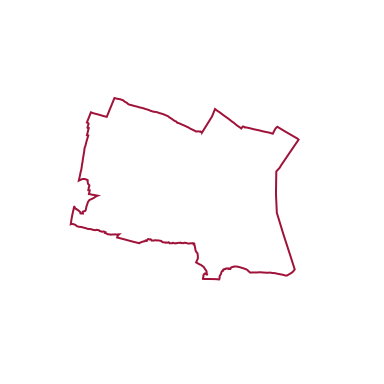 Dersca, Botosani, Romania (Robinson projection), rotated 144°
{"feature_id": "2599482B84441476848712", "entity_name": "Dersca", "entity_type": "district", "adm_level": 2, "iso_a3": "ROU", "parent_name": "Romania", "parent_adm1": "Botosani", "projection": "robinson", "projection_center": [26.235, 47.983], "detail": "fine", "context": "isolated", "style": "outline", "palette": "rose", "viewbox_px": 384, "rotation_deg": 144, "n_neighbors": 0, "source": "geoboundaries", "source_scale": "gbopen_adm2", "svg_char_len": 6011}
<svg xmlns="http://www.w3.org/2000/svg" viewBox="0 0 384 384"><g transform="rotate(144 192 192)"><path d="M309.0,237.2L308.2,237.0L307.0,235.9L305.7,234.0L305.2,232.0L304.2,230.6L302.0,228.6L300.3,226.5L298.7,224.5L298.1,223.5L296.2,221.9L295.2,220.9L294.5,219.7L293.7,219.0L292.9,218.2L292.2,217.7L291.3,217.4L291.1,217.0L290.6,216.7L290.2,216.3L289.6,215.3L289.7,214.6L289.1,214.1L288.8,213.7L287.9,212.5L287.0,212.2L286.4,211.6L286.2,211.3L286.0,210.8L285.7,210.4L286.5,210.0L285.5,208.6L285.3,207.9L284.9,207.2L283.4,206.0L282.8,205.2L281.5,204.5L280.6,203.9L280.5,203.7L278.9,202.8L278.2,202.0L276.5,201.0L275.9,200.6L277.0,200.5L277.6,200.3L278.1,200.1L279.3,199.2L275.5,194.6L268.7,186.2L264.7,181.5L263.9,181.6L263.4,181.4L261.9,181.1L261.1,180.7L260.3,180.6L259.7,180.3L259.4,180.0L258.9,180.1L258.4,180.1L258.0,180.1L257.9,179.9L257.7,179.7L257.7,179.4L257.7,179.2L257.4,179.0L257.0,179.2L256.1,179.7L255.7,179.8L255.2,179.7L254.7,179.2L254.4,178.6L253.4,178.2L253.1,177.6L253.1,177.2L253.2,176.6L253.1,176.3L252.3,175.9L251.6,175.2L250.3,174.8L249.6,174.2L249.3,173.7L248.4,173.2L247.1,172.0L246.7,171.6L246.1,170.9L245.7,170.6L245.6,170.4L245.7,169.8L245.4,169.3L245.0,168.3L244.4,167.9L244.0,167.4L243.4,167.0L243.2,166.5L242.9,166.4L242.6,166.1L242.1,166.0L241.7,165.5L241.2,165.2L240.4,165.0L240.3,164.1L240.3,163.7L239.8,163.5L238.3,162.2L238.1,162.2L237.6,162.2L237.1,162.0L237.0,161.8L236.9,161.5L236.1,160.6L236.0,160.4L235.5,160.3L235.2,159.9L234.8,159.7L234.2,159.6L233.9,159.3L233.1,159.0L232.6,158.6L232.3,158.5L232.2,158.4L231.7,157.8L230.9,157.7L230.4,156.7L230.2,156.6L229.9,156.4L229.3,155.9L229.0,155.6L228.6,155.5L228.1,155.5L227.4,155.0L227.2,154.6L226.7,154.2L225.7,152.9L224.9,152.1L223.2,151.3L222.5,150.7L221.8,150.3L221.4,150.1L221.5,149.8L221.2,149.6L220.6,149.2L220.5,148.8L220.6,148.6L220.9,148.5L221.2,148.5L221.5,148.3L221.4,148.0L221.2,147.7L221.3,147.1L221.6,146.6L222.1,145.4L223.4,142.8L223.7,141.7L223.7,140.1L223.6,139.1L224.8,137.0L225.8,135.5L226.2,134.9L226.5,134.6L227.1,134.4L228.0,133.8L230.1,132.6L229.4,131.2L228.5,129.1L228.2,128.6L227.9,128.3L227.5,127.4L227.4,127.0L226.6,124.5L226.6,123.9L226.8,121.5L226.7,120.6L226.8,119.6L227.2,118.7L227.5,118.2L228.4,117.1L228.4,116.9L228.2,116.5L228.4,116.4L228.9,116.9L228.9,118.1L229.1,118.3L229.3,118.5L230.0,118.5L230.9,118.3L231.3,118.2L231.8,117.9L232.1,117.2L233.8,115.8L234.2,115.3L233.7,114.8L228.8,111.2L224.6,108.0L222.5,106.3L221.6,105.3L221.4,105.3L221.2,105.4L220.0,106.4L219.7,106.9L219.4,107.4L219.1,107.6L218.3,108.0L217.1,108.5L216.7,108.7L215.9,109.4L214.5,110.3L213.8,110.2L213.4,110.0L213.0,110.1L212.4,110.5L212.3,110.9L212.2,110.9L211.9,110.7L210.8,110.5L210.7,110.4L210.7,110.2L210.3,110.0L209.6,110.1L209.4,110.1L209.3,109.9L208.3,109.4L207.3,108.6L207.4,108.4L206.9,108.3L206.8,108.1L207.2,107.9L206.4,107.4L206.2,107.2L205.5,107.7L204.8,107.9L204.3,107.8L203.3,107.6L202.6,107.1L201.7,107.0L199.4,105.2L196.9,102.3L196.2,101.2L195.2,100.0L193.4,97.3L193.0,96.1L192.8,94.7L192.4,93.0L192.1,92.4L191.7,92.2L190.4,91.4L186.9,88.8L184.4,87.3L183.2,86.3L182.2,85.4L179.0,82.8L178.1,82.1L175.9,80.7L174.9,79.5L174.1,78.8L173.5,78.4L172.9,77.9L172.2,77.1L170.8,75.5L167.4,71.9L165.7,69.8L165.1,69.1L164.7,68.8L164.0,68.6L160.2,68.2L157.9,68.1L155.9,68.5L154.4,69.0L150.3,81.4L142.9,104.1L135.6,125.3L125.2,141.1L111.7,159.1L107.1,160.0L104.5,161.1L87.1,167.4L75.0,171.7L75.2,172.8L75.3,173.2L80.1,184.0L80.2,184.3L80.3,184.5L80.6,185.1L81.2,186.5L84.0,193.1L84.6,194.6L86.5,194.4L88.0,193.9L92.4,191.7L94.5,194.5L97.7,198.0L99.6,200.1L100.8,201.7L105.0,206.3L108.3,210.3L110.8,213.0L110.9,212.9L111.2,213.0L111.8,214.6L112.0,214.8L112.4,215.1L114.1,214.7L114.5,214.5L114.8,214.4L115.2,215.9L116.4,219.0L117.5,223.5L118.0,224.7L119.5,230.0L120.3,232.3L121.0,234.4L122.9,240.6L123.8,242.8L124.6,245.6L130.8,241.7L131.7,241.2L149.0,234.2L148.9,234.4L148.9,234.6L149.5,235.2L149.5,235.8L149.6,236.0L149.9,236.2L150.6,236.6L151.0,237.1L151.6,237.6L152.9,238.4L153.3,238.7L153.3,239.1L154.2,240.6L154.4,241.3L154.9,241.9L155.4,243.0L155.8,243.6L156.4,244.8L156.8,246.1L157.9,247.9L158.4,249.0L159.6,251.0L160.0,251.6L161.7,254.6L162.4,255.8L162.9,256.2L163.2,256.7L163.3,257.1L163.2,257.7L163.3,258.0L163.6,258.8L164.2,259.5L164.8,261.3L165.5,263.5L166.1,264.8L166.4,265.7L166.8,267.0L167.0,267.8L167.8,268.9L168.9,270.8L169.4,271.7L170.9,273.7L172.1,275.1L172.4,275.7L173.3,277.0L174.7,278.5L175.7,279.3L176.3,280.1L176.7,280.5L177.1,281.2L177.9,282.2L178.6,283.5L179.3,284.4L179.6,285.0L180.8,286.4L181.8,287.9L182.8,289.1L183.4,289.9L184.9,291.5L185.7,292.7L187.4,294.7L187.7,295.0L188.2,295.6L188.5,296.1L189.6,297.3L189.8,297.8L190.4,298.5L191.1,299.1L191.5,299.8L191.8,300.3L192.1,301.2L192.2,302.0L192.2,302.3L193.0,303.8L193.6,305.5L193.7,306.4L193.9,306.8L195.7,309.4L197.2,310.9L198.5,312.3L199.5,313.6L216.8,302.9L219.2,305.8L222.5,310.1L224.7,312.7L226.3,314.8L226.9,315.9L236.2,310.0L235.6,308.8L235.4,308.2L235.7,307.9L236.3,307.4L238.7,305.6L238.8,305.4L238.8,305.1L238.0,304.4L243.6,299.7L242.7,298.7L247.4,295.1L251.1,292.0L252.5,291.1L253.6,290.2L253.9,289.9L254.3,289.3L254.8,288.8L256.6,287.0L261.8,281.9L262.9,280.6L264.3,279.4L266.3,277.3L268.8,274.8L270.5,273.5L272.5,271.6L276.9,267.7L274.2,267.2L272.7,266.7L271.3,265.7L269.9,263.9L269.5,262.8L269.9,262.6L271.3,259.8L271.1,258.3L271.1,257.8L271.3,257.4L272.3,256.8L273.0,256.2L273.1,255.9L273.4,255.6L274.2,255.1L274.3,254.9L274.8,254.4L274.3,253.9L273.8,253.4L276.6,250.9L276.1,250.5L274.4,248.5L273.4,247.6L272.3,246.4L270.5,244.5L271.8,244.8L275.5,245.0L277.3,245.3L279.0,245.7L279.5,245.8L280.2,245.7L281.9,245.1L282.4,244.9L282.9,244.4L285.8,242.4L288.4,240.1L288.9,239.7L289.3,239.5L289.5,239.5L292.0,240.3L292.3,240.1L292.6,239.6L292.6,239.3L292.9,238.7L294.8,240.2L294.4,241.3L294.3,242.1L294.4,242.5L294.6,243.3L294.8,244.0L295.1,244.9L295.5,245.6L295.5,246.2L295.9,246.6L296.1,247.2L295.8,249.2L295.9,249.3L296.3,249.1L302.0,244.1L305.7,240.6L309.0,237.2Z" fill="none" stroke="#9f1239" stroke-width="2"/></g></svg>